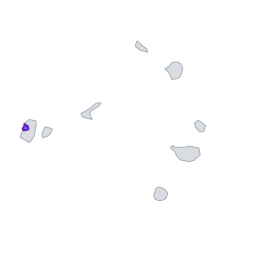 location of Sao Pedro Apostolo, Ribeira Grande, Cabo Verde, rotated 315°
{"feature_id": "66160863B19660935593220", "entity_name": "Sao Pedro Apostolo", "entity_type": "district", "adm_level": 2, "iso_a3": "CPV", "parent_name": "Cabo Verde", "parent_adm1": "Ribeira Grande", "projection": "albers", "projection_center": [-25.188, 17.13], "detail": "fine", "context": "in_parent", "style": "filled", "palette": "violet", "viewbox_px": 256, "rotation_deg": 315, "n_neighbors": 0, "source": "geoboundaries", "source_scale": "gbopen_adm2", "svg_char_len": 2420}
<svg xmlns="http://www.w3.org/2000/svg" viewBox="0 0 256 256"><g transform="rotate(315 128 128)"><path d="M163.9,192.1L160.1,198.0L151.9,197.6L147.6,195.2L142.5,187.8L142.7,182.0L144.4,177.0L144.0,172.7L144.7,171.5L147.3,172.2L147.7,175.2L155.3,182.3L158.1,183.6L163.9,192.1ZM56.0,67.3L50.0,68.6L47.5,68.0L46.6,62.8L45.4,59.4L45.7,57.9L59.5,51.3L64.4,52.4L67.8,57.7L65.5,60.6L56.0,67.3ZM195.8,112.3L201.0,113.4L203.0,113.0L206.3,113.2L209.9,116.5L210.6,120.1L208.9,124.7L202.1,128.5L198.1,128.1L193.4,124.7L196.0,118.0L195.8,112.3ZM109.9,202.2L105.1,204.7L101.7,203.7L98.4,201.1L96.8,197.4L98.1,194.3L104.6,190.5L108.5,191.7L110.7,197.5L109.9,202.2ZM123.1,88.0L125.6,89.9L126.5,91.3L122.7,92.0L113.5,89.6L111.0,91.1L108.6,96.5L103.8,88.4L104.2,85.4L105.2,84.5L111.7,86.6L123.1,88.0ZM180.2,183.6L178.4,183.8L175.8,181.0L176.3,176.9L176.0,175.9L178.3,171.5L182.8,171.9L184.0,175.0L184.3,181.6L180.2,183.6ZM73.5,75.6L68.5,77.1L65.3,76.9L60.8,74.6L62.2,72.2L67.1,69.4L70.5,68.8L73.2,73.7L73.5,75.6ZM197.3,85.0L195.4,88.3L192.9,83.5L191.6,82.4L190.9,75.4L194.4,73.3L196.2,73.1L196.3,80.3L197.3,85.0Z" fill="#d9dde1" stroke="#a8b0b8" stroke-width="1"/><path d="M58.0,52.2L57.8,52.2L57.7,52.3L57.4,52.4L57.2,52.4L56.9,52.4L56.8,52.5L56.7,52.5L56.7,52.4L56.6,52.5L56.4,52.6L56.2,52.7L56.2,52.8L56.2,53.0L55.9,53.3L55.7,53.4L55.4,53.5L55.2,53.6L54.9,53.7L54.7,53.7L54.4,53.6L54.2,53.5L54.3,53.5L54.2,53.5L54.2,53.4L54.3,53.4L54.2,53.4L54.1,53.5L54.0,53.8L54.0,54.0L53.8,54.1L53.7,54.0L53.5,53.9L53.4,53.9L53.3,54.0L53.3,54.3L53.2,54.3L53.3,54.3L53.3,54.5L53.2,54.4L53.2,54.5L52.9,54.7L52.7,54.6L52.5,54.8L52.5,55.0L52.4,55.2L52.5,55.3L52.4,55.3L52.2,55.5L52.3,55.7L52.4,55.8L52.6,55.8L52.8,55.9L52.8,56.0L53.0,56.2L53.0,56.3L53.2,56.5L53.3,56.8L53.5,56.8L53.7,57.0L53.8,57.1L54.0,57.3L54.3,57.4L54.5,57.4L54.5,57.5L54.8,57.5L55.0,57.6L55.3,57.6L55.5,57.7L55.5,57.8L55.5,58.0L55.5,58.3L55.7,58.5L55.8,58.5L56.0,58.4L56.3,58.4L56.5,58.4L56.8,58.4L57.0,58.3L57.2,58.2L57.3,57.8L57.5,57.8L57.5,57.7L57.6,57.4L57.7,57.2L57.6,56.9L57.6,56.7L57.7,56.4L57.7,56.2L57.8,56.2L57.7,56.1L57.8,56.1L57.8,55.9L57.9,55.7L58.0,55.7L57.9,55.6L58.0,55.5L57.9,55.5L57.9,55.4L57.7,55.4L57.4,55.3L57.2,55.3L57.1,55.2L57.1,54.9L57.2,54.6L57.3,54.5L57.4,54.4L57.5,54.4L57.6,54.2L57.7,53.9L57.8,53.8L58.0,53.7L58.2,53.4L58.1,53.2L58.0,52.9L57.9,52.7L57.9,52.4L58.0,52.3L58.0,52.2L58.0,52.2Z" fill="#8b5cf6" stroke="#5b21b6" stroke-width="1.5"/></g></svg>